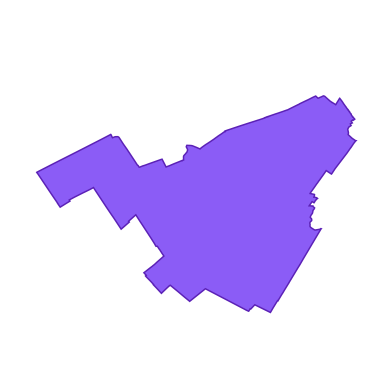 Afumati, Ilfov, Romania, rotated 187°
{"feature_id": "2599482B16027234995116", "entity_name": "Afumati", "entity_type": "district", "adm_level": 2, "iso_a3": "ROU", "parent_name": "Romania", "parent_adm1": "Ilfov", "projection": "robinson", "projection_center": [26.254, 44.537], "detail": "fine", "context": "isolated", "style": "filled", "palette": "violet", "viewbox_px": 384, "rotation_deg": 187, "n_neighbors": 0, "source": "geoboundaries", "source_scale": "gbopen_adm2", "svg_char_len": 5333}
<svg xmlns="http://www.w3.org/2000/svg" viewBox="0 0 384 384"><g transform="rotate(187 192 192)"><path d="M210.0,87.7L209.3,88.6L205.8,92.9L203.2,96.0L202.8,96.2L202.3,96.8L202.0,96.7L196.7,93.3L194.0,91.6L186.5,86.7L181.4,83.5L181.0,83.2L166.9,97.6L154.6,93.0L146.6,90.0L125.1,81.9L123.9,81.4L121.4,80.6L121.2,80.6L120.0,83.2L119.4,83.0L117.2,86.0L115.9,87.7L99.5,82.0L99.1,82.9L97.3,87.1L93.9,94.5L93.6,94.4L93.4,94.8L93.3,94.7L90.7,100.6L89.5,103.1L88.1,106.3L85.0,113.1L84.9,113.2L84.9,113.4L83.7,116.1L82.0,119.9L79.4,125.7L77.8,129.3L77.4,130.2L77.1,130.8L76.9,131.2L76.5,132.1L76.4,132.3L76.3,132.7L76.2,132.7L73.4,139.3L70.1,146.8L60.5,168.7L59.4,171.2L59.3,171.3L59.6,171.4L60.6,170.6L64.9,169.3L65.4,169.3L66.0,169.4L69.3,171.0L70.3,171.7L70.8,172.5L70.8,173.4L70.8,173.7L70.9,174.3L71.3,175.5L71.1,176.5L69.8,178.1L69.7,178.7L70.1,180.0L71.4,181.1L71.6,181.4L71.2,183.0L71.1,183.3L69.9,185.5L69.7,186.9L69.7,187.7L69.7,188.3L69.5,188.7L68.5,190.4L68.5,190.9L68.4,191.2L70.3,192.5L70.3,192.8L70.8,192.7L70.8,192.8L74.0,192.6L73.7,193.2L71.6,197.1L69.6,196.2L69.3,196.8L69.0,197.3L68.9,197.6L68.9,197.9L68.3,198.6L67.7,199.8L66.6,200.9L67.2,201.3L67.6,201.5L69.0,201.7L69.9,201.9L70.3,201.8L70.0,204.2L70.2,204.5L72.1,204.7L74.6,204.9L74.4,205.5L71.1,211.6L69.0,215.6L68.6,216.2L67.3,218.7L67.2,218.8L64.9,223.0L63.2,226.1L62.1,228.2L61.4,229.6L55.8,226.8L55.5,227.2L53.1,232.0L53.0,232.3L43.4,248.7L43.3,248.8L39.8,255.4L39.7,255.4L37.6,259.6L36.9,260.8L36.1,262.1L35.5,262.9L35.9,262.9L39.4,264.7L40.3,265.3L44.0,268.0L43.9,269.8L45.1,273.3L44.3,275.5L42.2,277.3L42.5,277.6L43.1,279.1L41.3,280.1L42.3,281.3L42.6,281.7L41.8,282.6L41.2,283.1L40.8,282.8L40.1,283.4L39.6,283.8L39.4,284.0L39.6,284.2L39.5,284.3L39.8,284.6L40.2,284.8L40.9,285.7L41.6,285.9L41.6,286.1L41.7,286.4L41.9,286.5L42.1,286.6L42.3,286.9L42.8,287.4L43.0,287.6L43.1,287.8L43.4,288.1L43.4,288.3L43.4,288.6L43.7,288.9L44.0,289.2L45.0,290.1L45.2,290.3L45.5,290.6L45.8,291.0L45.7,291.1L45.9,291.2L46.0,291.4L46.2,291.6L46.3,291.8L46.5,292.0L47.1,292.7L47.3,292.6L47.4,292.8L47.5,292.9L47.6,293.0L47.8,293.2L47.8,293.3L48.0,293.5L48.4,293.8L48.5,294.0L48.8,294.3L49.0,294.5L49.7,295.4L49.8,295.5L50.0,295.6L50.8,296.5L51.9,297.7L52.1,297.9L52.7,298.6L53.1,299.1L53.5,299.6L54.0,300.1L54.2,300.3L54.3,300.5L55.0,301.2L55.3,301.5L55.7,301.9L56.3,302.5L56.8,303.0L57.3,302.2L57.6,301.4L59.1,298.2L59.7,296.8L60.0,296.2L63.6,297.9L64.2,298.2L64.2,298.3L64.3,298.1L64.9,298.5L65.9,299.0L68.7,300.9L70.7,302.3L71.8,303.1L72.4,303.3L73.0,303.4L73.3,303.4L73.5,303.3L75.2,302.2L75.6,302.0L76.5,301.5L77.9,300.6L78.2,300.6L78.4,300.5L78.5,300.5L78.8,300.8L79.3,301.1L79.5,301.3L80.0,301.6L80.2,301.8L80.3,301.9L80.6,302.1L80.9,302.3L81.6,301.9L83.4,300.8L88.0,297.7L91.2,295.7L96.2,292.5L96.3,292.3L96.4,292.2L96.8,291.9L97.4,291.6L101.5,288.9L105.3,286.4L107.2,285.1L107.8,284.9L109.8,283.9L112.0,282.8L114.1,281.8L115.9,280.9L118.5,279.7L122.2,277.9L125.3,276.4L126.4,275.9L126.2,275.8L128.9,274.6L128.8,274.4L129.2,274.2L130.4,273.6L135.5,271.2L135.9,271.1L136.0,271.0L140.1,269.1L142.5,268.0L146.0,266.4L147.9,265.5L152.2,263.5L156.4,261.5L158.1,260.7L161.2,259.2L164.0,257.9L166.0,256.9L166.6,256.6L166.3,256.1L166.5,255.9L166.7,256.1L167.1,255.8L167.7,255.3L169.5,253.6L173.0,250.6L173.8,249.8L174.6,249.1L176.5,247.3L176.9,246.9L177.7,246.2L178.0,246.0L178.4,245.6L179.8,244.4L180.2,244.0L180.6,243.7L183.2,241.5L183.5,241.3L184.4,240.5L185.2,239.8L186.7,238.4L187.9,237.3L188.1,237.0L188.9,236.3L189.1,236.0L189.3,235.7L193.3,236.9L194.5,237.2L196.7,237.8L197.7,238.0L199.0,238.0L202.8,237.7L203.1,236.8L203.2,236.1L202.6,235.3L202.2,234.6L201.9,234.2L201.5,233.4L201.5,233.0L201.6,232.4L201.9,231.1L202.0,230.8L202.3,230.4L202.7,229.8L202.9,229.5L203.0,229.3L203.3,228.8L204.0,227.9L204.3,227.4L204.6,226.9L204.7,226.5L204.7,225.9L204.4,223.5L204.2,222.8L206.1,221.8L206.0,221.7L206.9,221.4L207.9,220.8L212.1,218.5L213.9,217.5L217.5,215.4L220.8,213.7L221.9,215.3L225.7,220.9L226.5,220.6L227.1,220.3L231.1,218.3L237.9,214.9L242.0,212.8L243.3,212.2L243.5,212.2L247.1,210.2L247.3,210.2L247.5,210.2L248.6,211.6L248.8,211.8L249.0,211.8L249.3,211.9L249.5,212.1L253.8,217.2L253.9,217.3L259.1,223.4L261.1,225.7L261.3,226.0L266.1,231.3L271.1,237.3L272.3,237.9L275.0,237.5L277.5,236.2L277.8,236.5L279.2,238.8L279.4,238.8L279.7,239.2L288.7,233.0L310.6,218.2L320.0,211.9L329.4,205.6L333.7,202.7L342.1,197.0L347.1,193.6L348.5,192.6L348.2,192.2L347.2,191.2L333.8,175.7L330.5,171.9L323.9,164.4L324.0,164.3L321.0,160.9L315.3,165.5L312.5,167.7L312.2,167.9L312.0,168.1L312.8,168.9L312.9,169.2L311.1,170.4L308.0,172.6L299.6,178.2L297.7,179.4L293.6,182.1L291.6,183.5L290.3,184.4L290.0,184.0L287.8,181.4L280.3,172.6L275.1,166.5L269.8,160.4L266.5,156.7L257.8,146.5L255.8,148.7L250.6,154.5L251.4,155.2L245.0,162.5L239.6,156.0L237.7,153.8L231.8,146.8L226.4,140.4L222.9,136.1L222.1,135.0L221.4,134.0L221.2,133.9L221.0,133.7L220.6,133.8L220.1,133.9L219.8,133.9L219.0,133.0L218.1,131.9L217.6,131.3L217.0,130.8L216.5,130.1L215.6,129.1L214.5,127.7L212.1,125.0L213.4,123.5L217.8,118.6L220.4,115.5L221.6,114.3L222.0,113.9L222.3,113.5L223.8,112.1L229.9,106.0L229.6,105.7L228.6,104.9L227.2,103.7L227.9,103.0L226.8,102.0L223.0,99.0L222.0,98.2L219.2,95.8L219.0,95.6L218.8,95.4L219.0,95.2L215.8,92.6L213.9,91.0L211.9,89.3L210.0,87.7Z" fill="#8b5cf6" stroke="#5b21b6" stroke-width="1.5"/></g></svg>